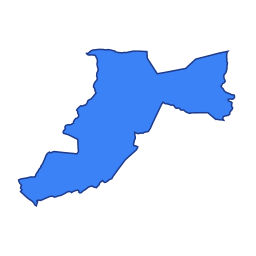 Jaguaquara, Bahia, Brazil (Albers equal-area conic projection), rotated 98°
{"feature_id": "56859067B83796410289338", "entity_name": "Jaguaquara", "entity_type": "district", "adm_level": 2, "iso_a3": "BRA", "parent_name": "Brazil", "parent_adm1": "Bahia", "projection": "albers", "projection_center": [-39.94, -13.546], "detail": "fine", "context": "isolated", "style": "filled", "palette": "blue", "viewbox_px": 256, "rotation_deg": 98, "n_neighbors": 0, "source": "geoboundaries", "source_scale": "gbopen_adm2", "svg_char_len": 4032}
<svg xmlns="http://www.w3.org/2000/svg" viewBox="0 0 256 256"><g transform="rotate(98 128 128)"><path d="M205.9,225.6L206.7,224.5L207.6,223.1L208.3,222.1L209.2,220.9L210.4,219.1L211.3,217.7L212.6,215.4L213.2,213.8L214.3,212.1L215.3,210.9L217.0,209.6L217.8,208.0L215.6,207.7L213.8,207.2L213.1,208.2L212.0,207.3L211.9,206.1L211.9,204.6L211.1,203.0L209.7,200.9L208.5,198.9L207.8,197.7L206.9,196.3L206.4,195.1L206.0,193.5L206.7,191.1L205.8,189.1L204.9,187.5L204.3,185.5L203.4,184.0L202.4,182.6L201.6,181.4L200.7,180.4L199.9,179.4L199.3,177.9L198.9,176.5L199.8,174.9L198.8,173.8L198.1,172.8L197.4,171.4L196.6,169.6L196.8,168.1L198.4,167.7L199.0,166.5L198.3,165.1L196.7,163.9L195.4,162.3L194.5,161.2L193.5,160.3L192.6,159.5L191.7,158.5L191.1,157.0L190.4,155.6L191.1,154.1L191.3,152.7L191.5,150.9L190.1,150.1L188.6,148.9L186.4,148.4L184.7,147.0L183.5,145.8L184.5,144.9L185.2,143.6L184.6,142.1L183.2,140.6L181.8,139.4L181.1,138.3L180.5,137.1L179.4,136.6L178.1,136.2L176.7,135.4L170.6,132.2L161.0,126.9L159.8,126.2L155.6,122.7L149.5,117.5L148.2,116.5L145.4,115.6L144.9,116.7L144.6,118.3L144.6,119.9L143.2,120.3L141.8,120.1L139.4,120.0L137.6,119.4L136.0,119.5L134.5,120.1L132.7,120.5L131.4,120.7L131.7,119.3L132.2,117.7L131.8,116.0L131.2,114.5L131.1,112.5L130.1,111.4L129.6,110.2L129.1,108.6L128.4,107.3L125.4,105.9L124.1,105.5L119.5,104.2L100.3,98.2L97.6,97.0L98.6,95.1L98.7,93.3L98.7,91.9L98.9,90.7L99.4,88.7L99.1,87.2L99.2,85.9L100.3,84.9L101.5,83.8L101.7,82.4L101.2,81.0L101.3,79.7L102.8,78.4L102.7,77.1L102.5,75.3L103.8,73.4L104.3,71.9L104.6,70.7L104.9,68.8L104.1,67.1L101.7,51.1L107.3,42.3L106.9,40.5L107.2,38.9L106.9,36.7L107.0,34.3L105.5,35.5L103.5,35.2L102.5,33.5L102.1,32.1L101.4,30.4L100.2,29.2L98.5,29.4L96.7,28.5L95.2,27.5L93.4,27.2L92.1,28.4L90.4,28.6L88.5,28.5L87.8,29.6L87.5,30.9L87.2,32.4L85.7,32.8L85.0,30.8L85.0,28.7L84.4,27.6L83.2,26.9L82.0,26.9L80.7,27.3L80.5,28.6L80.7,30.1L79.9,31.8L79.5,34.0L78.9,36.1L78.2,37.6L77.2,38.3L76.1,39.1L75.2,40.3L73.8,41.7L72.1,41.0L70.8,40.5L69.9,39.1L68.2,38.2L66.6,39.1L65.2,39.9L64.1,40.2L62.7,40.4L61.5,40.1L60.0,39.0L58.1,38.5L56.4,38.4L54.7,38.3L53.4,38.6L51.9,38.6L50.3,38.5L49.1,38.8L48.1,39.6L46.1,39.6L44.1,40.2L42.2,40.4L40.7,40.5L39.4,40.5L38.2,39.8L41.0,47.8L47.0,62.3L50.3,70.4L51.2,71.2L52.3,72.1L54.9,74.2L56.7,75.7L61.0,79.2L67.4,97.9L70.2,106.6L56.3,118.6L53.9,119.1L49.7,119.9L50.4,128.1L51.2,133.7L51.7,135.0L52.1,136.3L52.6,137.7L53.5,140.0L53.7,142.1L54.4,144.4L54.5,146.4L54.6,148.3L54.5,150.2L53.7,151.6L53.5,153.3L53.2,155.7L53.1,157.4L53.2,159.1L53.9,161.5L53.6,163.1L53.9,164.3L53.9,165.7L54.1,167.2L54.5,168.9L55.0,170.9L55.4,172.3L55.6,173.5L56.5,175.0L57.5,176.2L58.5,176.9L59.5,177.9L59.9,179.4L60.9,178.5L61.2,176.7L60.8,175.0L60.6,173.6L60.6,172.4L60.6,170.9L61.4,169.8L62.6,169.3L63.6,168.3L64.7,168.0L65.9,167.6L67.6,167.5L68.9,167.7L70.3,167.2L72.0,166.6L73.6,165.8L74.9,165.7L76.4,165.9L77.5,166.4L79.0,166.4L81.0,166.3L82.4,165.5L84.2,165.3L85.9,166.2L87.2,167.0L88.5,167.5L89.6,167.8L90.8,168.0L92.2,167.8L93.4,166.6L94.8,166.1L96.2,165.6L97.8,164.5L99.5,165.6L101.3,166.6L102.8,167.6L104.2,168.4L105.3,170.2L106.5,171.5L107.8,171.7L109.6,172.3L111.2,173.3L111.6,174.8L112.6,175.9L112.5,177.7L113.6,178.8L114.8,179.7L116.2,180.8L117.4,181.4L118.5,180.2L120.2,179.9L122.0,178.6L123.8,178.6L125.1,179.5L125.8,180.9L127.2,182.0L129.1,182.8L130.8,182.7L131.6,183.9L132.7,185.1L133.1,187.8L134.1,190.0L135.8,190.6L137.6,190.0L138.8,190.8L140.4,191.7L142.2,191.2L143.0,185.9L146.3,176.2L147.6,175.9L155.9,174.4L157.4,173.8L159.4,174.2L160.7,175.2L161.3,188.7L161.6,198.1L162.6,199.9L163.4,201.2L162.8,202.5L164.4,204.3L165.8,205.0L167.3,205.5L169.0,205.9L171.2,206.4L172.7,206.9L174.3,207.3L176.5,208.1L178.0,209.0L179.4,208.9L180.4,209.9L181.9,210.6L183.4,211.1L185.5,212.2L187.5,212.9L188.9,212.9L189.7,214.4L189.9,216.9L190.4,218.6L191.2,220.3L192.0,222.6L192.8,225.2L193.2,226.6L193.8,227.8L194.7,229.1L196.3,228.5L197.8,227.4L199.7,225.4L201.2,226.0L202.6,226.0L203.8,224.4L205.9,225.6Z" fill="#3b82f6" stroke="#1e3a8a" stroke-width="1.5"/></g></svg>